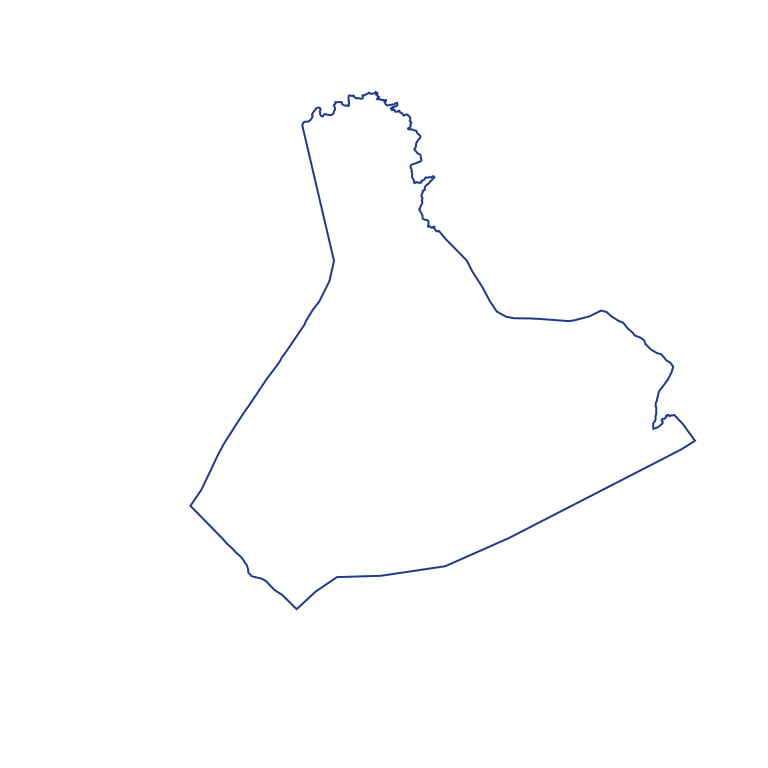 Yahukimo, Papua, Indonesia, rotated 318°
{"feature_id": "22746128B87177062694316", "entity_name": "Yahukimo", "entity_type": "district", "adm_level": 2, "iso_a3": "IDN", "parent_name": "Indonesia", "parent_adm1": "Papua", "projection": "albers", "projection_center": [140.01, -4.389], "detail": "fine", "context": "isolated", "style": "outline", "palette": "blue", "viewbox_px": 768, "rotation_deg": 318, "n_neighbors": 0, "source": "geoboundaries", "source_scale": "gbopen_adm2", "svg_char_len": 6130}
<svg xmlns="http://www.w3.org/2000/svg" viewBox="0 0 768 768"><g transform="rotate(318 384 384)"><path d="M373.9,582.1L561.5,631.6L577.1,634.3L579.3,614.1L579.0,601.3L578.3,600.8L577.6,600.7L577.0,599.9L576.2,599.5L575.3,599.3L574.7,599.0L574.6,598.6L574.9,597.8L574.8,597.4L574.1,596.9L572.5,596.3L572.3,596.4L572.2,597.1L572.1,597.4L571.7,597.4L570.4,597.2L569.6,597.7L569.2,597.5L568.4,596.8L567.9,596.4L566.7,596.4L566.1,596.6L565.8,597.1L566.0,598.5L565.1,599.0L564.6,599.6L561.3,599.6L557.7,599.2L555.0,597.8L554.2,597.6L555.0,596.3L555.4,596.1L555.8,595.3L556.9,594.5L557.7,593.4L559.0,593.1L559.9,593.1L561.7,592.3L562.5,591.7L563.9,590.0L567.1,587.7L567.9,586.4L568.5,586.0L570.3,584.0L570.8,583.2L570.9,582.4L571.3,581.8L571.9,581.4L572.6,580.6L573.6,579.8L575.3,579.2L576.0,578.6L583.2,573.5L589.5,572.4L597.6,570.7L605.0,568.0L610.5,564.7L611.0,559.5L609.6,555.4L609.9,550.7L609.9,547.5L607.5,543.6L605.3,536.5L605.3,533.2L605.0,529.4L606.6,525.6L605.5,520.9L602.8,515.7L603.1,512.4L602.3,506.2L602.7,498.3L600.6,494.2L598.2,485.6L597.6,479.5L594.5,474.7L582.2,471.3L568.2,464.1L563.5,461.0L543.2,439.8L536.3,432.9L525.0,422.5L519.8,415.9L516.3,405.5L518.1,393.2L522.0,377.5L525.0,359.2L528.1,347.8L527.6,334.3L526.8,317.3L527.2,308.4L527.0,307.9L527.1,307.4L527.2,307.1L526.9,306.5L525.6,306.2L525.2,305.6L525.1,305.0L525.5,302.8L525.4,301.7L525.6,301.5L526.5,301.1L526.7,300.8L526.5,300.5L525.7,300.2L524.2,299.9L523.8,299.4L523.5,297.6L523.2,297.3L522.2,297.0L522.0,296.5L522.5,295.9L523.3,295.7L526.0,292.6L525.5,290.6L524.5,289.6L523.5,287.6L523.7,286.3L524.2,285.7L524.8,285.4L525.2,284.9L525.5,283.7L526.4,280.8L526.6,278.6L527.4,277.6L528.0,277.8L528.6,277.5L529.1,276.8L529.8,276.4L532.2,275.8L533.2,275.3L533.7,274.9L533.9,274.5L534.5,274.1L534.9,273.6L534.9,272.9L535.2,272.4L536.3,272.1L537.0,271.7L537.4,269.7L537.7,269.1L538.5,268.6L541.3,267.4L542.0,266.3L542.7,266.5L543.7,267.1L544.5,266.9L544.8,266.1L545.4,265.5L546.1,265.1L546.9,264.8L549.4,264.6L550.3,264.7L550.9,265.0L551.6,265.0L554.0,264.4L558.9,264.3L559.9,264.0L559.7,262.6L559.4,262.3L558.7,262.1L557.4,262.1L556.9,261.8L556.2,261.0L556.1,260.5L554.9,260.1L553.5,259.0L553.2,258.3L550.9,259.1L548.8,258.4L547.6,258.2L547.3,258.7L546.6,259.2L545.9,258.7L545.2,258.6L545.0,257.9L544.5,257.3L543.9,257.1L543.5,256.8L543.4,255.9L542.9,255.4L541.5,255.3L541.0,255.1L541.1,254.5L542.5,252.7L542.8,251.7L542.7,250.8L543.6,248.7L544.4,247.7L545.5,246.9L546.1,246.1L546.4,245.0L546.8,244.3L548.0,243.4L548.2,241.9L548.9,240.5L549.7,239.8L550.7,239.5L551.6,239.5L553.2,240.4L560.4,243.1L561.4,242.9L562.5,240.9L564.1,238.7L564.3,238.1L564.2,237.3L563.9,236.6L563.7,235.7L563.2,234.8L563.5,232.7L563.4,230.1L563.8,229.7L564.9,229.6L566.1,229.2L566.9,228.5L568.7,226.8L572.7,225.4L575.7,225.3L576.5,224.6L576.9,223.9L577.0,223.2L576.6,221.1L576.6,219.6L576.8,218.9L577.3,218.0L577.4,217.2L577.1,216.8L576.2,215.8L575.7,214.6L575.2,213.7L573.0,211.6L572.7,211.0L572.6,210.6L572.7,210.3L573.1,210.1L574.6,210.7L575.4,210.6L576.6,210.0L577.5,208.6L578.7,208.4L579.1,208.2L579.3,207.8L579.1,207.1L579.3,206.5L579.1,205.8L579.9,205.3L581.4,204.2L581.9,202.3L581.6,200.9L581.7,199.5L580.2,198.1L578.6,198.0L578.1,197.4L578.3,196.9L578.3,195.9L578.5,194.9L578.4,194.3L577.6,193.1L577.7,192.6L578.2,191.8L578.1,190.9L577.6,190.6L576.6,190.7L576.1,190.6L574.8,189.3L574.5,188.9L575.1,187.7L575.0,187.1L574.4,186.3L573.7,186.3L573.5,186.2L573.2,185.7L573.2,185.2L573.4,183.9L573.9,183.8L574.7,184.0L575.4,184.0L575.4,184.3L574.8,184.9L574.9,185.3L576.0,184.8L577.1,184.7L577.6,184.9L578.6,185.6L580.2,185.7L580.8,185.5L581.3,184.8L581.8,183.6L581.6,183.5L581.0,183.4L580.5,183.1L579.3,183.0L578.7,182.9L577.2,181.9L575.9,181.2L575.0,180.4L574.1,180.0L572.6,179.0L572.4,177.2L572.9,176.0L573.2,175.6L572.9,175.1L572.9,174.8L573.2,174.6L574.0,175.1L574.8,174.9L575.3,174.7L575.4,174.2L575.1,173.9L574.2,173.5L573.9,173.1L573.7,172.5L573.1,172.4L572.7,171.5L572.0,171.3L571.9,171.0L572.0,170.3L571.9,170.0L570.9,169.3L569.4,167.6L569.6,167.5L570.3,167.8L570.8,167.3L571.5,167.6L572.4,167.4L572.4,167.2L572.0,166.6L572.2,165.7L571.7,164.7L571.6,164.4L571.9,163.5L572.4,163.1L572.6,163.1L573.4,163.7L573.7,163.6L573.6,162.5L573.2,161.5L570.9,161.3L569.3,160.3L568.0,158.8L567.8,158.2L567.8,157.4L566.7,157.4L563.7,156.5L562.9,156.6L562.4,156.2L561.9,155.5L561.4,155.3L561.0,155.2L560.8,155.4L560.9,155.9L559.6,157.2L559.0,157.4L558.3,157.1L557.5,156.4L556.6,154.7L556.2,154.3L554.5,153.3L554.1,151.4L554.4,149.2L554.1,149.1L553.8,149.3L553.4,149.2L551.7,146.7L551.1,146.2L550.7,146.3L550.3,146.6L548.3,148.4L547.6,149.4L546.7,151.1L546.0,151.9L544.4,152.6L544.4,153.2L544.2,153.6L543.3,153.4L542.2,151.6L541.8,151.5L541.1,150.6L540.7,149.9L540.2,147.9L540.3,147.5L541.1,146.4L541.0,146.0L540.7,145.9L540.2,145.2L538.7,144.2L538.3,143.4L537.2,142.9L536.9,142.6L536.7,142.7L536.4,142.6L536.3,142.3L535.8,142.9L535.4,143.1L533.7,143.2L533.0,143.5L533.0,144.3L532.1,146.2L532.0,146.6L531.3,147.3L529.9,147.6L528.0,148.8L527.1,149.1L525.5,149.0L524.7,148.7L523.7,148.0L523.1,147.4L520.8,143.9L519.4,143.6L518.2,144.0L517.7,144.1L517.0,143.7L516.7,143.2L516.8,141.7L517.0,140.9L518.1,139.7L518.6,138.6L519.4,137.9L519.7,137.7L520.4,137.8L520.9,137.4L520.9,135.6L520.6,135.0L520.2,134.5L519.6,134.4L518.7,133.9L518.0,133.9L517.7,133.7L516.3,134.4L515.4,134.3L514.8,134.5L514.4,134.5L512.6,134.9L510.9,135.5L510.5,135.8L510.3,136.5L510.5,136.8L510.4,137.1L509.0,137.9L506.1,138.6L503.6,138.4L502.4,137.5L501.3,136.9L500.8,136.3L500.3,135.9L498.6,135.9L497.5,136.6L497.0,136.6L496.8,136.9L496.1,137.3L495.9,137.9L429.2,259.1L412.3,271.0L391.0,279.4L380.8,281.2L368.2,284.9L364.9,286.6L333.0,294.5L326.0,295.8L322.4,297.3L314.4,299.1L300.5,301.7L283.4,306.1L268.7,309.8L261.8,311.3L245.8,315.5L225.4,321.2L214.6,325.0L177.6,340.4L158.6,345.0L160.5,389.3L160.5,398.4L161.2,405.0L161.2,409.9L161.9,415.5L161.9,419.7L161.1,424.1L160.9,426.6L159.3,430.2L157.0,433.5L157.0,438.1L159.3,441.7L162.9,446.9L164.5,451.8L164.5,457.1L164.9,464.3L167.2,472.5L168.4,492.9L194.2,492.5L219.8,496.0L253.3,524.4L307.6,560.4L373.9,582.1Z" fill="none" stroke="#1e3a8a" stroke-width="2"/></g></svg>